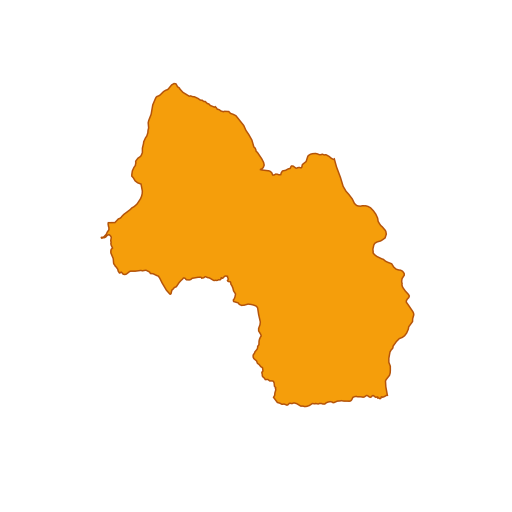 Barichara, Santander, Colombia (Mercator projection), rotated 146°
{"feature_id": "7082276B84209220800631", "entity_name": "Barichara", "entity_type": "district", "adm_level": 2, "iso_a3": "COL", "parent_name": "Colombia", "parent_adm1": "Santander", "projection": "mercator", "projection_center": [-73.205, 6.646], "detail": "fine", "context": "isolated", "style": "filled", "palette": "amber", "viewbox_px": 512, "rotation_deg": 146, "n_neighbors": 0, "source": "geoboundaries", "source_scale": "gbopen_adm2", "svg_char_len": 6099}
<svg xmlns="http://www.w3.org/2000/svg" viewBox="0 0 512 512"><g transform="rotate(146 256 256)"><path d="M373.9,357.0L372.5,356.6L371.3,355.9L369.8,355.8L367.9,356.3L366.2,356.0L365.8,355.7L365.4,354.3L365.4,352.9L365.7,352.2L367.8,350.0L368.6,348.2L369.5,347.3L370.0,345.9L370.5,342.8L372.3,342.5L373.5,341.4L374.6,339.7L375.8,333.7L378.1,329.6L378.3,328.7L378.2,326.9L378.4,326.4L378.1,325.2L378.0,322.4L378.7,320.5L378.7,318.3L378.4,318.0L377.3,318.1L376.6,317.8L376.3,315.2L375.1,314.0L373.6,313.5L369.4,313.8L368.4,313.5L364.5,310.9L359.5,308.4L358.4,307.2L355.6,306.0L355.0,305.5L353.2,302.2L353.3,300.5L351.2,298.8L349.2,295.3L348.2,293.9L348.2,291.3L348.9,286.3L349.4,277.7L348.7,272.6L348.3,272.2L347.5,272.3L344.8,274.8L343.8,274.8L341.3,275.5L339.2,275.1L334.5,277.0L331.1,277.8L330.2,277.8L328.7,278.3L328.1,278.2L327.5,277.5L327.1,276.7L327.2,275.9L326.9,275.1L324.6,273.4L323.2,273.0L321.4,273.2L316.0,270.8L314.1,269.6L313.6,269.3L313.3,268.5L313.4,268.0L311.5,267.2L309.9,267.3L309.4,267.1L308.0,264.9L307.0,264.1L304.8,259.5L304.1,258.9L303.1,258.5L302.4,257.8L301.3,257.3L300.3,257.3L299.4,256.5L298.8,256.3L298.2,256.4L297.2,257.3L296.7,257.2L296.5,256.5L296.0,256.2L293.4,256.7L292.3,256.4L291.0,255.1L291.4,254.5L291.8,252.5L292.5,251.9L293.3,251.7L293.4,250.8L292.9,250.0L291.8,249.1L291.8,248.3L292.6,246.5L292.6,244.9L293.1,242.3L294.1,239.7L294.2,236.0L295.9,234.2L297.9,232.7L299.4,232.2L300.0,230.8L297.0,227.1L296.9,225.3L295.6,223.1L294.0,222.3L293.5,221.9L289.5,220.6L287.3,218.7L285.7,217.0L284.1,214.8L283.7,213.6L283.7,212.0L286.5,206.1L289.3,198.9L291.0,196.9L294.4,194.4L295.7,192.4L295.9,188.4L296.4,186.8L297.9,186.2L299.6,185.1L301.1,183.7L303.2,180.8L305.1,180.2L306.0,179.0L307.2,178.1L310.6,177.1L311.4,176.4L313.5,175.6L314.2,174.9L314.9,173.7L315.1,172.7L315.1,171.8L314.2,168.8L314.8,166.2L314.1,164.3L313.9,161.5L313.1,159.9L313.4,159.0L314.5,156.9L315.2,156.5L315.8,156.5L316.4,156.0L317.1,154.2L317.8,153.1L317.9,152.2L317.4,150.2L317.4,148.3L315.3,147.1L315.0,146.5L314.5,144.8L312.4,143.4L311.8,142.6L311.7,141.8L312.0,140.5L313.5,137.8L313.4,135.6L313.9,135.4L314.4,134.0L316.9,131.9L318.5,130.0L320.5,129.0L320.2,122.6L318.5,120.6L317.6,118.8L316.7,118.1L315.7,117.7L315.3,117.3L313.8,115.1L312.9,114.8L310.8,115.2L309.8,114.6L309.2,113.9L308.4,113.4L307.3,113.2L306.4,112.7L304.8,110.8L302.8,106.5L301.0,105.3L299.8,103.9L297.9,102.9L295.3,102.2L291.8,102.2L289.7,100.4L289.0,100.4L287.9,99.2L286.9,98.4L285.7,98.2L284.1,97.0L283.5,96.1L282.1,95.0L281.1,94.8L280.3,95.0L279.2,94.9L277.9,94.6L275.8,93.7L274.6,92.4L274.2,91.4L273.5,90.9L269.7,90.2L267.3,88.8L266.2,88.4L264.3,86.6L259.3,83.1L258.0,83.0L256.8,83.4L254.8,84.6L253.0,84.3L251.3,83.5L250.9,82.8L247.9,80.7L246.1,79.0L245.1,78.6L242.4,78.6L241.6,77.8L241.0,76.1L240.3,75.0L239.1,74.7L237.8,75.1L237.0,74.9L236.5,74.2L236.5,73.6L235.7,71.9L234.3,71.3L234.0,71.0L234.5,70.2L233.7,69.7L233.2,68.6L232.8,68.3L231.7,68.4L230.9,69.1L230.3,68.8L230.0,68.1L227.9,67.6L226.1,67.6L225.0,67.0L221.5,75.0L218.6,79.9L217.4,80.7L212.1,82.4L210.1,84.1L208.4,86.3L206.3,89.5L205.3,93.6L203.1,96.9L198.6,101.5L196.1,102.7L195.1,102.8L193.9,103.3L192.8,104.6L187.4,106.6L183.4,107.4L180.2,106.7L177.4,106.8L174.2,107.9L170.6,110.2L169.0,111.9L162.9,114.1L161.2,116.4L158.1,119.0L157.4,120.4L157.1,122.1L157.1,129.8L157.2,133.7L156.4,134.8L154.6,135.7L152.6,136.1L151.3,137.1L151.1,138.8L151.8,143.5L151.9,146.9L151.8,148.5L151.2,150.4L150.2,151.6L149.8,152.9L148.7,154.4L147.5,155.6L143.8,157.2L143.0,158.5L142.9,159.9L143.1,161.6L144.1,163.4L145.4,164.5L147.2,166.7L148.0,169.7L147.9,173.7L150.4,177.3L151.5,179.2L152.3,182.0L153.3,183.3L156.1,188.1L157.0,190.9L157.2,193.1L156.5,194.0L155.3,196.3L152.1,199.3L150.8,199.9L150.0,200.1L147.6,199.9L144.3,198.8L142.2,198.7L138.9,198.8L135.7,201.3L134.6,203.9L134.5,205.1L135.0,209.5L135.5,211.4L135.6,213.0L135.4,216.4L134.0,219.4L133.3,223.7L133.4,227.8L134.1,231.9L135.4,234.4L137.0,236.3L139.8,238.2L141.6,238.9L143.5,240.5L144.4,241.8L145.0,244.6L144.3,249.4L144.6,255.1L145.2,259.4L144.8,265.1L142.1,273.8L139.4,285.0L136.8,292.7L137.7,292.7L138.4,293.8L139.2,295.7L139.6,297.4L141.1,300.4L141.6,301.0L142.9,301.6L144.2,303.4L145.4,303.6L146.8,304.5L148.0,306.3L149.3,307.7L151.9,309.2L153.9,309.9L156.4,310.0L157.4,309.6L161.6,306.3L166.2,305.9L166.8,305.6L167.9,304.4L168.7,303.9L169.4,303.9L170.7,305.3L172.0,305.9L173.3,306.1L173.8,306.5L174.9,309.7L176.0,310.7L176.8,310.7L178.6,309.5L180.6,310.2L183.6,310.5L186.2,311.6L186.8,311.6L188.6,310.8L190.0,309.6L191.5,310.4L192.7,312.0L193.9,312.9L195.5,313.0L196.7,313.5L196.8,314.1L196.4,316.4L197.0,318.4L197.8,319.5L202.9,323.9L204.0,325.1L203.8,325.3L202.6,325.0L201.6,325.0L200.2,325.5L198.4,326.8L197.4,329.3L196.9,333.3L196.9,340.9L197.3,342.9L196.7,344.3L196.4,346.0L196.8,347.6L194.6,354.4L194.1,360.5L194.1,365.9L193.2,371.0L194.2,383.5L195.7,386.2L197.4,388.5L197.8,391.0L200.6,393.1L201.5,393.7L202.3,393.8L203.9,395.7L204.7,397.8L205.4,398.8L206.0,399.2L206.0,401.0L206.3,402.6L207.2,402.6L209.7,406.3L210.1,408.5L211.1,409.6L211.7,412.5L212.9,413.3L213.6,415.4L214.5,415.8L215.2,416.9L215.9,418.9L218.0,422.4L219.5,423.6L220.7,425.3L222.0,425.8L225.1,432.6L225.7,436.8L225.6,438.2L226.4,440.2L226.1,443.1L226.2,443.6L227.5,444.8L230.3,445.0L235.0,443.6L236.2,443.4L238.3,443.9L240.7,444.0L245.5,443.1L247.3,443.2L248.8,443.6L249.9,443.5L251.1,442.9L257.1,439.0L263.7,432.1L269.2,428.3L270.9,426.7L273.4,422.2L275.1,420.7L276.8,418.6L279.5,416.5L281.4,415.8L285.2,413.5L286.4,412.1L289.9,408.9L292.4,405.2L295.2,403.4L296.6,403.1L299.2,403.1L302.4,402.0L303.2,401.3L303.5,400.3L304.6,399.5L305.2,398.6L307.6,397.7L310.9,395.7L313.3,393.1L314.3,391.7L314.0,389.4L314.2,385.9L313.2,382.9L311.1,379.9L313.9,373.4L315.5,371.3L317.5,369.5L319.8,368.0L325.3,365.7L327.6,365.3L329.8,365.1L332.0,365.3L334.6,364.8L342.4,364.4L345.2,363.8L346.3,363.4L347.5,363.3L349.4,363.7L354.3,362.6L359.8,366.2L360.7,365.3L361.8,362.9L362.0,361.9L363.3,360.0L365.9,359.0L368.0,357.7L371.2,357.0L372.2,357.0L373.7,357.9L374.0,357.7L373.9,357.0Z" fill="#f59e0b" stroke="#b45309" stroke-width="1.5"/></g></svg>